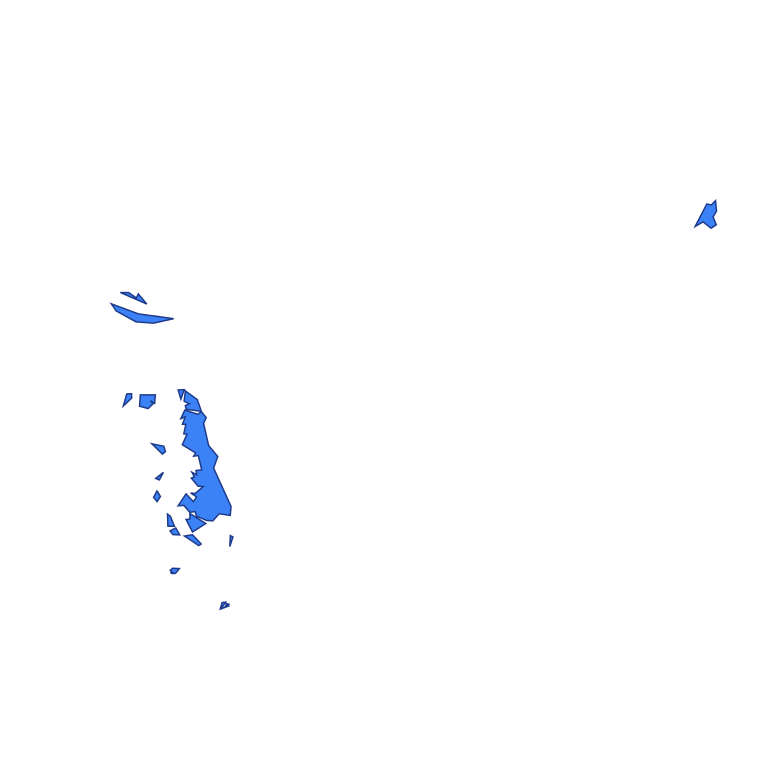 outline of Tawi-Tawi, Tawi-Tawi, Philippines, rotated 104°
{"feature_id": "2640588B18152609363823", "entity_name": "Tawi-Tawi", "entity_type": "district", "adm_level": 2, "iso_a3": "PHL", "parent_name": "Philippines", "parent_adm1": "Tawi-Tawi", "projection": "mercator", "projection_center": [119.908, 5.883], "detail": "medium", "context": "isolated", "style": "filled", "palette": "blue", "viewbox_px": 768, "rotation_deg": 104, "n_neighbors": 0, "source": "geoboundaries", "source_scale": "gbopen_adm2", "svg_char_len": 1976}
<svg xmlns="http://www.w3.org/2000/svg" viewBox="0 0 768 768"><g transform="rotate(104 384 384)"><path d="M548.7,501.4L539.8,502.8L506.8,529.0L494.6,527.8L486.1,539.3L465.9,549.5L459.6,548.4L455.1,554.4L458.4,557.5L457.6,571.0L466.8,572.7L464.0,568.9L471.8,569.8L471.1,566.5L480.8,566.2L480.3,563.0L491.8,565.0L496.4,550.1L500.1,551.2L498.3,546.9L511.4,540.1L513.4,545.5L517.4,543.7L516.1,549.0L520.1,545.5L521.9,548.2L528.2,539.6L527.2,534.6L535.9,540.7L536.5,545.2L538.9,538.5L544.3,540.5L538.5,549.5L552.0,554.3L550.2,548.8L555.5,541.4L553.4,536.4L557.6,534.0L559.3,523.2L558.2,517.0L549.7,512.5L548.7,501.4ZM371.5,603.9L375.4,639.3L372.2,667.9L377.9,661.5L383.7,639.7L380.7,622.3L371.5,603.9ZM149.1,100.1L142.3,105.1L135.7,103.2L125.9,106.7L131.1,109.7L131.2,114.3L155.8,120.2L149.5,113.6L153.7,104.3L149.1,100.1ZM454.7,554.6L444.3,561.4L438.8,575.0L449.1,573.8L450.3,568.1L453.0,571.5L456.4,569.9L454.7,554.6ZM563.3,543.3L573.9,534.0L562.5,523.2L556.6,541.0L562.0,539.6L563.3,543.3ZM458.2,601.9L449.9,603.2L453.5,617.8L464.7,615.8L464.9,606.9L459.0,603.3L456.8,606.5L458.2,601.9ZM363.8,633.5L356.1,644.2L360.4,645.1L357.1,653.8L359.0,661.9L363.8,633.5ZM498.2,594.7L505.6,582.1L502.6,579.7L497.7,582.5L498.2,594.7ZM458.7,625.4L454.5,626.6L455.9,631.2L468.4,631.6L458.7,625.4ZM583.5,522.7L576.6,533.4L579.8,540.8L585.6,524.7L583.5,522.7ZM572.8,552.9L564.0,559.3L562.6,562.6L574.2,559.3L572.8,552.9ZM579.8,545.7L574.1,551.2L578.3,556.1L581.2,552.3L579.8,545.7ZM447.8,577.4L437.8,576.5L439.6,582.3L447.8,577.4ZM553.0,575.7L547.3,573.7L542.9,578.0L542.8,578.5L549.8,580.1L553.0,575.7ZM579.0,494.3L568.9,493.6L568.3,496.4L579.0,494.3ZM637.0,481.1L635.2,481.2L635.2,484.6L636.7,481.9L636.8,483.5L639.6,484.8L640.4,487.3L634.0,484.9L635.2,488.2L642.1,488.4L637.0,481.1ZM612.6,537.9L614.0,544.7L616.6,546.3L618.5,542.7L618.6,545.7L619.2,543.6L617.8,540.3L612.6,537.9ZM531.4,578.8L523.1,576.7L530.9,582.7L531.4,578.8Z" fill="#3b82f6" stroke="#1e3a8a" stroke-width="1.5"/></g></svg>